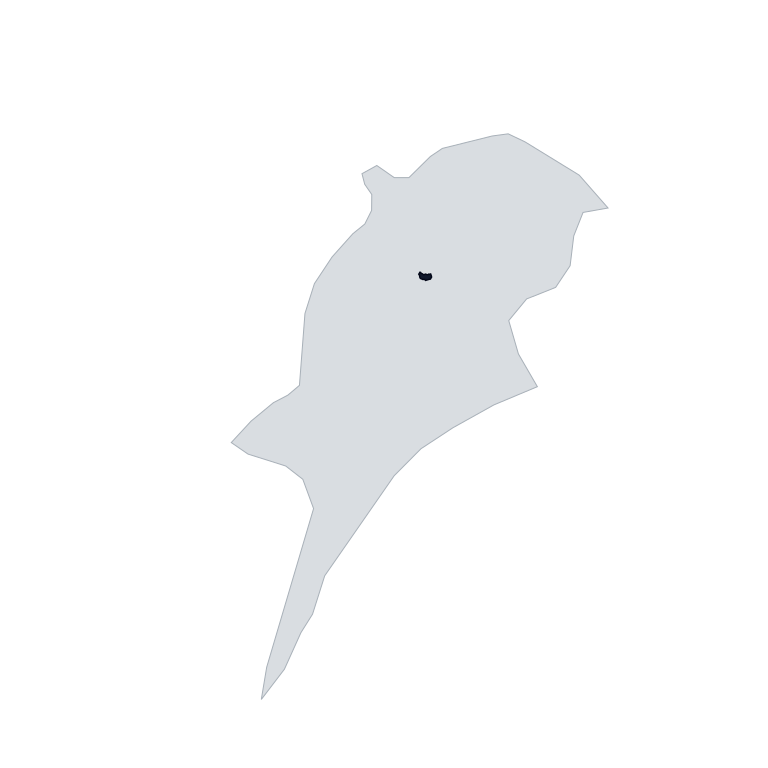 location of Alona, Nicosia, Cyprus, rotated 144°
{"feature_id": "46923920B16152598382892", "entity_name": "Alona", "entity_type": "district", "adm_level": 2, "iso_a3": "CYP", "parent_name": "Cyprus", "parent_adm1": "Nicosia", "projection": "equal_earth", "projection_center": [33.044, 34.926], "detail": "fine", "context": "in_parent", "style": "filled", "palette": "ink", "viewbox_px": 768, "rotation_deg": 144, "n_neighbors": 0, "source": "geoboundaries", "source_scale": "gbopen_adm2", "svg_char_len": 1192}
<svg xmlns="http://www.w3.org/2000/svg" viewBox="0 0 768 768"><g transform="rotate(144 384 384)"><path d="M535.2,407.2L542.0,426.4L513.3,432.1L484.4,433.9L468.3,431.5L453.2,432.6L406.5,487.5L381.3,506.1L351.3,517.3L320.8,523.9L305.5,524.7L292.0,531.7L282.5,544.5L282.2,556.9L278.2,567.1L261.4,565.0L254.4,544.9L242.5,536.3L212.8,540.8L198.3,540.3L150.8,521.1L136.5,513.4L127.6,497.0L103.3,438.2L99.3,394.7L122.1,405.8L143.4,392.3L163.9,370.3L188.3,361.3L203.5,365.1L218.6,369.0L245.8,362.0L257.6,329.3L261.5,291.7L307.4,302.5L354.0,308.1L392.1,309.9L429.7,303.8L544.7,263.7L577.1,239.8L597.3,231.7L632.2,211.8L668.7,200.9L645.4,223.8L514.2,324.6L505.7,354.6L511.7,375.4L530.3,400.6L535.2,407.2Z" fill="#d9dde1" stroke="#a8b0b8" stroke-width="1"/><path d="M286.1,442.2L284.8,441.6L282.7,442.5L282.2,443.5L281.6,445.6L281.9,445.7L282.4,445.8L283.2,446.6L284.0,446.6L284.4,446.8L285.0,447.2L285.5,448.1L285.8,448.5L287.6,449.0L287.9,449.6L288.1,450.1L288.1,450.3L288.2,450.6L288.9,451.6L288.8,452.8L289.3,453.3L290.1,452.9L291.3,452.4L291.5,450.6L292.2,449.6L292.5,448.0L291.8,446.9L291.2,445.8L289.6,444.8L289.5,443.4L286.1,442.2Z" fill="#0f172a" stroke="#020617" stroke-width="1.5"/></g></svg>